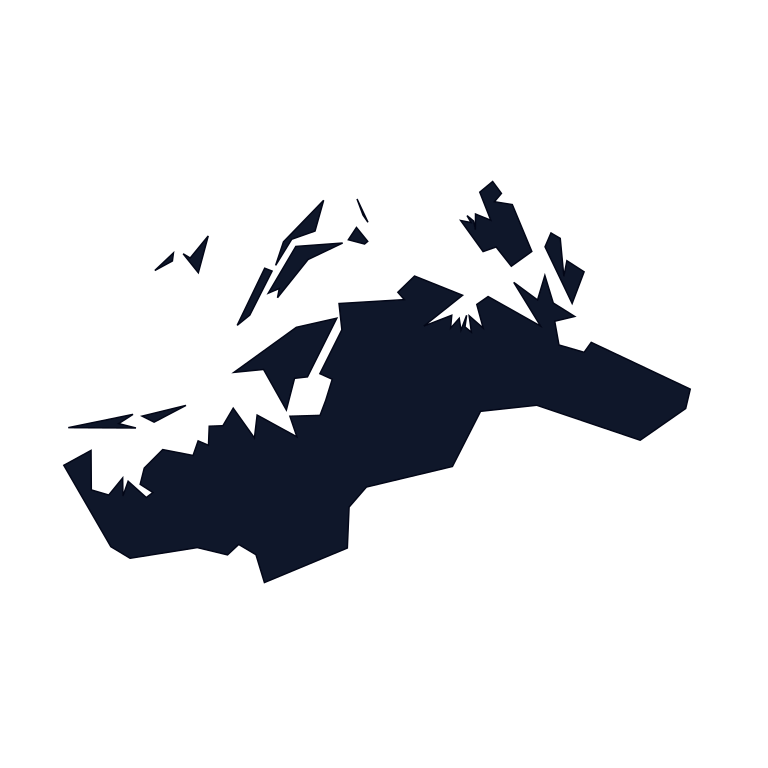 the border of Quảng Ninh, rotated 191°
{"feature_id": "VNM-429", "entity_name": "Quảng Ninh", "entity_type": "Province", "adm_level": 1, "iso_a3": "VNM", "parent_name": "Vietnam", "parent_adm1": "", "projection": "natural_earth1", "projection_center": [107.332, 21.181], "detail": "medium", "context": "isolated", "style": "filled", "palette": "ink", "viewbox_px": 768, "rotation_deg": 191, "n_neighbors": 0, "source": "natural_earth", "source_scale": "10m", "svg_char_len": 1969}
<svg xmlns="http://www.w3.org/2000/svg" viewBox="0 0 768 768"><g transform="rotate(191 384 384)"><path d="M388.7,216.0L463.5,166.3L477.1,192.0L496.0,198.8L505.0,186.4L536.1,187.8L600.0,164.5L621.1,172.2L682.8,243.1L658.9,262.9L651.1,224.2L633.0,222.5L622.6,241.9L618.9,224.2L616.6,239.7L595.7,227.2L590.1,233.4L604.2,239.0L603.3,255.7L588.7,277.4L557.8,277.4L555.6,292.7L544.6,290.3L547.5,309.2L534.2,312.3L527.4,331.5L500.9,306.3L502.6,329.3L459.4,315.5L470.2,334.4L440.8,341.0L438.1,356.8L435.7,378.8L448.9,381.9L435.7,429.2L443.5,454.4L380.1,470.7L387.9,476.7L374.6,495.8L323.8,486.1L356.0,448.4L330.6,464.4L329.3,451.5L322.7,462.8L318.7,451.5L316.0,467.2L315.4,455.5L308.1,451.5L313.4,467.2L297.3,457.8L308.1,479.8L298.5,489.7L241.3,470.7L276.0,508.5L249.3,495.8L246.8,521.2L233.3,495.8L209.7,486.7L228.4,478.2L219.7,455.7L193.6,453.3L188.5,464.4L82.4,437.4L83.2,417.5L121.8,377.7L230.0,392.3L284.0,375.6L301.1,316.1L381.6,279.5L394.8,256.5L388.7,216.0ZM505.0,375.3L533.5,366.8L480.9,422.9L442.9,439.6L460.5,376.4L472.9,372.5L474.9,339.9L505.0,375.3ZM329.3,559.1L334.6,565.1L327.2,561.1L323.7,552.8L326.6,568.3L310.4,565.1L326.6,590.6L316.0,603.5L305.1,593.5L310.4,584.0L292.3,584.6L264.2,542.3L281.5,523.9L300.1,539.9L312.0,532.9L339.9,559.1L329.3,559.1ZM214.7,499.0L252.1,549.4L248.9,564.1L238.8,560.6L228.0,523.9L228.0,539.9L209.0,532.3L214.7,499.0ZM505.0,457.8L514.9,451.1L496.8,502.2L451.5,514.5L482.3,491.7L505.0,448.4L505.0,457.8ZM619.1,293.5L685.6,280.9L624.6,306.3L636.9,294.5L619.1,293.5ZM502.2,508.5L513.0,479.8L509.8,504.4L478.3,552.8L480.9,521.0L502.2,508.5ZM539.3,413.6L523.2,474.9L515.4,473.5L528.9,426.0L539.3,413.6ZM587.5,457.8L606.0,473.5L598.3,470.7L584.8,495.8L587.5,457.8ZM602.4,302.7L615.3,306.3L574.3,325.2L602.4,302.7ZM446.5,518.8L440.9,532.4L427.2,520.9L429.8,517.7L446.5,518.8ZM615.2,464.4L630.6,451.7L615.7,472.5L615.2,464.4ZM436.8,545.8L445.8,560.5L430.6,539.7L436.8,545.8Z" fill="#0f172a" stroke="#020617" stroke-width="1.5"/></g></svg>